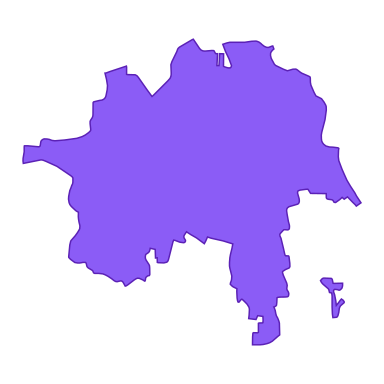 Nam Định, Nam Định, Vietnam (Mercator projection)
{"feature_id": "81297802B54089788823696", "entity_name": "Nam Định", "entity_type": "district", "adm_level": 2, "iso_a3": "VNM", "parent_name": "Vietnam", "parent_adm1": "Nam Định", "projection": "mercator", "projection_center": [106.173, 20.418], "detail": "fine", "context": "isolated", "style": "filled", "palette": "violet", "viewbox_px": 384, "rotation_deg": 0, "n_neighbors": 0, "source": "geoboundaries", "source_scale": "gbopen_adm2", "svg_char_len": 5921}
<svg xmlns="http://www.w3.org/2000/svg" viewBox="0 0 384 384"><path d="M71.1,187.4L69.8,190.6L68.7,196.3L68.5,199.1L69.1,202.7L69.9,204.6L71.2,206.3L72.3,207.4L75.4,210.3L76.4,211.1L78.4,212.2L78.3,216.6L78.5,219.0L79.0,222.0L79.8,225.3L79.9,226.3L79.7,228.7L79.3,229.6L77.5,232.6L75.2,235.8L71.1,240.5L70.7,241.2L69.8,245.0L68.7,256.7L68.8,257.5L70.5,259.3L74.8,262.5L77.7,263.0L79.6,263.0L81.5,262.7L82.9,262.4L85.4,262.4L85.9,262.8L86.3,263.7L86.9,266.3L87.3,267.0L88.3,268.0L92.0,270.2L92.8,270.9L93.5,272.7L94.1,273.2L94.8,273.4L98.7,273.4L102.9,273.9L105.4,274.9L108.2,276.4L111.6,278.7L114.3,280.8L115.7,281.5L117.1,281.7L120.5,280.9L121.6,281.0L122.4,281.5L123.1,282.3L125.2,286.1L126.3,285.8L128.0,284.7L134.4,279.8L136.0,278.8L137.4,278.2L139.2,278.3L142.8,279.9L144.6,281.1L144.9,281.1L145.3,280.3L145.7,277.8L146.2,277.1L147.6,275.9L149.4,275.5L149.8,274.5L149.7,268.1L149.5,265.7L148.9,264.4L146.1,260.1L145.4,258.4L145.3,256.8L145.6,254.9L145.8,254.4L148.3,252.7L149.3,251.6L149.8,250.1L150.2,248.3L155.2,249.4L155.5,258.0L157.2,257.8L157.3,262.4L157.8,262.6L158.5,262.7L163.9,262.9L166.8,262.2L167.8,261.2L168.5,259.5L173.0,241.7L173.7,240.1L174.8,240.3L179.9,242.2L183.5,242.7L184.1,242.6L184.9,242.2L185.4,241.4L185.5,240.5L185.4,240.1L184.1,238.0L183.8,236.7L184.2,235.3L186.5,231.8L190.6,234.5L196.5,237.9L204.3,243.7L205.7,241.1L207.5,237.0L211.1,238.2L223.1,240.9L232.8,243.9L232.0,248.2L230.5,254.3L229.9,257.6L229.5,262.4L229.5,266.0L229.8,267.9L231.8,276.0L231.6,279.2L231.3,280.7L230.4,283.1L230.3,284.3L232.1,286.1L233.2,286.9L236.9,288.7L236.8,291.5L237.1,298.0L237.5,300.5L238.0,302.0L238.9,302.2L241.3,299.4L241.8,299.2L242.3,299.4L245.4,302.4L247.2,304.3L248.9,307.1L249.2,308.0L249.4,309.6L249.1,315.2L248.7,318.6L256.0,319.5L257.7,315.7L262.9,316.4L263.1,320.3L262.9,322.7L262.5,322.9L258.9,323.0L258.4,323.3L258.4,332.3L257.7,332.8L257.3,332.8L253.5,332.7L253.1,332.9L252.9,333.3L252.6,336.9L252.5,344.8L259.8,344.8L263.1,344.5L267.1,343.6L269.7,342.7L272.3,341.2L277.8,336.4L279.7,334.9L279.4,323.2L278.9,321.2L277.7,318.1L276.4,315.8L275.8,313.7L275.2,310.4L274.2,307.7L273.8,307.0L274.9,306.6L276.0,305.9L276.5,305.2L276.8,302.5L277.0,297.8L277.6,297.4L279.6,297.1L285.3,297.0L287.3,296.8L288.0,296.5L288.5,295.8L288.8,294.0L288.7,293.1L288.3,291.9L287.1,289.9L286.9,289.3L286.8,288.4L287.2,285.4L286.7,283.1L283.3,275.2L282.6,272.9L282.5,271.8L283.0,271.2L285.6,269.5L289.1,268.0L289.8,266.9L289.9,266.4L289.8,263.2L289.0,256.7L288.7,256.1L288.4,255.9L285.7,255.8L285.3,255.5L285.0,255.0L284.7,254.0L283.5,248.6L281.0,238.3L279.9,235.9L279.8,234.3L280.4,233.4L283.7,229.8L284.9,229.7L287.6,229.9L288.4,229.7L289.3,228.8L289.5,226.8L289.4,225.2L288.4,221.5L287.1,214.2L286.6,210.8L286.8,209.0L287.5,207.8L289.0,206.7L297.5,204.2L298.5,203.6L299.1,202.4L299.3,201.6L299.3,200.1L299.1,198.6L297.6,193.3L297.6,192.1L297.8,191.4L298.2,190.8L300.1,190.1L306.0,189.3L307.8,189.2L308.1,189.5L310.6,193.4L326.2,193.6L326.3,197.6L326.5,198.2L326.9,198.7L327.4,199.0L328.5,199.3L331.6,199.7L332.6,200.1L333.2,200.7L333.8,202.0L334.6,202.4L335.6,202.5L339.7,199.6L342.1,197.4L344.2,199.2L347.5,196.9L352.8,202.4L355.3,204.8L356.3,206.1L361.0,202.8L356.5,196.0L354.8,192.8L350.4,186.1L346.9,180.2L344.2,174.2L342.0,169.2L338.8,160.7L338.3,156.7L338.5,150.5L338.8,148.4L338.0,147.8L333.3,147.2L329.5,147.0L325.9,146.0L323.6,144.2L322.5,142.7L321.7,141.0L321.4,138.7L321.3,135.1L321.8,132.1L325.0,119.7L326.3,110.1L326.2,106.7L325.8,105.3L324.1,102.2L321.5,98.7L315.9,95.9L314.0,92.3L310.9,85.1L310.4,82.3L310.3,78.1L310.1,77.1L309.7,76.7L308.3,76.0L301.8,73.2L300.4,72.3L297.2,69.8L295.9,69.1L292.9,69.2L287.7,70.7L287.2,70.7L283.6,69.3L275.7,65.5L274.4,64.3L271.6,59.1L271.1,58.0L270.5,55.3L270.6,53.3L270.8,52.5L272.3,50.4L273.9,49.0L272.8,46.0L272.3,46.0L268.6,47.4L267.3,47.4L266.5,47.3L264.4,46.4L261.9,44.5L260.9,43.5L259.0,42.1L256.7,41.2L255.3,41.1L251.4,41.3L244.6,42.3L229.7,42.3L226.7,43.0L222.8,44.3L225.5,51.5L229.0,58.8L231.5,65.6L231.3,66.5L230.8,67.4L230.5,67.7L229.8,67.9L229.3,67.9L228.2,67.9L226.3,67.4L223.9,66.6L223.5,66.2L223.6,53.8L219.7,53.7L219.0,65.6L216.9,65.6L217.6,53.7L215.9,53.7L215.2,53.0L214.1,50.9L213.7,50.6L211.9,50.5L204.9,51.1L203.0,50.9L201.5,50.3L200.6,49.6L199.5,48.4L193.3,39.2L192.3,39.6L179.5,47.1L178.3,48.2L177.7,49.1L176.8,51.6L171.9,61.7L170.9,64.7L171.2,72.3L171.2,74.6L170.9,76.3L170.1,78.3L167.7,81.0L153.4,95.3L152.0,96.5L147.2,90.0L138.3,77.3L136.9,75.7L135.2,74.8L127.7,74.6L126.6,74.4L126.6,67.1L126.4,66.1L109.8,71.6L106.1,73.0L105.0,73.1L106.5,79.3L107.5,85.5L107.2,89.7L106.1,95.2L105.7,96.7L105.1,97.8L104.3,98.7L103.6,99.3L101.9,100.1L99.7,100.4L93.8,101.8L93.2,102.4L93.1,103.0L93.0,114.2L92.9,115.7L92.6,116.9L92.0,118.1L90.5,120.4L90.1,121.5L90.1,123.7L90.7,129.1L90.7,130.2L90.1,131.2L88.6,132.6L85.3,135.0L82.2,136.6L76.9,138.3L71.2,139.1L64.7,140.0L54.9,140.8L51.9,140.4L49.3,139.4L47.0,139.0L44.4,138.9L43.4,139.1L42.4,139.7L41.4,140.5L40.8,141.8L40.2,145.8L39.4,146.6L38.8,146.8L27.7,145.8L24.4,145.8L24.2,146.8L24.2,151.8L23.1,158.3L23.0,160.9L23.3,163.4L40.3,160.0L41.5,159.9L43.1,160.2L46.1,161.4L56.9,166.3L70.2,175.3L71.7,176.4L72.5,177.3L72.8,177.8L72.9,178.2L72.9,182.1L72.7,183.2L72.5,184.1L71.8,185.3L71.1,187.4ZM333.1,283.3L332.3,279.6L331.7,278.6L331.3,278.4L324.0,278.1L323.1,278.2L322.0,278.9L320.5,280.6L321.6,282.6L323.0,284.2L328.2,288.7L328.8,289.7L329.5,292.5L331.7,293.0L332.1,296.0L332.1,306.8L332.4,314.0L332.9,317.6L336.3,317.3L336.9,317.1L337.4,316.6L338.0,315.4L338.8,312.3L339.3,308.5L339.8,307.1L340.4,306.0L341.1,305.3L344.1,302.7L344.2,302.2L344.2,301.8L343.7,301.0L343.0,300.1L341.4,299.0L340.2,300.4L338.3,303.0L336.3,305.4L335.8,300.9L334.6,294.7L333.6,291.9L333.6,290.4L333.8,290.1L334.5,289.4L335.3,289.4L337.3,289.6L338.7,290.1L339.8,290.1L340.4,289.7L341.7,288.5L342.0,287.9L342.4,286.7L342.6,285.3L342.6,283.2L333.7,283.4L333.1,283.3Z" fill="#8b5cf6" stroke="#5b21b6" stroke-width="1.5"/></svg>